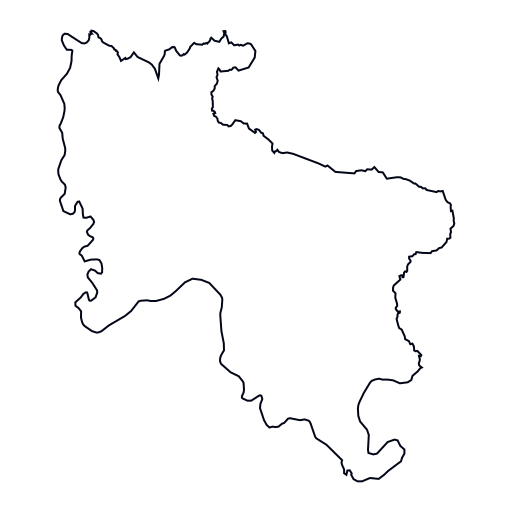 outline of Khoelenya, Mohale's Hoek, Lesotho
{"feature_id": "5366337B9644670448784", "entity_name": "Khoelenya", "entity_type": "district", "adm_level": 2, "iso_a3": "LSO", "parent_name": "Lesotho", "parent_adm1": "Mohale's Hoek", "projection": "equal_earth", "projection_center": [27.429, -30.302], "detail": "fine", "context": "isolated", "style": "outline", "palette": "ink", "viewbox_px": 512, "rotation_deg": 0, "n_neighbors": 0, "source": "geoboundaries", "source_scale": "gbopen_adm2", "svg_char_len": 5864}
<svg xmlns="http://www.w3.org/2000/svg" viewBox="0 0 512 512"><path d="M384.1,474.8L388.3,470.8L401.0,461.3L402.1,457.7L404.4,453.6L404.4,449.5L400.3,445.9L397.6,440.4L394.6,439.6L387.7,442.0L377.0,453.6L373.4,454.4L368.5,453.0L368.0,449.8L368.8,435.0L367.0,429.7L360.1,421.5L358.3,415.9L357.9,408.4L358.4,404.9L359.5,401.9L363.9,392.8L370.0,382.7L371.8,380.8L375.4,379.4L379.1,378.7L382.4,379.6L387.9,379.6L393.3,380.4L399.9,383.3L407.7,382.3L411.3,380.0L412.5,375.8L417.5,371.6L420.3,368.2L421.8,367.5L419.3,365.5L418.8,363.7L419.9,359.7L419.0,355.9L420.7,356.3L421.3,355.1L417.4,350.9L415.8,351.3L414.2,350.5L413.9,346.5L412.4,343.6L410.3,344.2L408.9,341.1L405.2,339.2L404.7,336.3L401.7,329.6L399.2,328.1L398.3,325.6L396.6,319.0L397.5,316.6L397.5,314.5L398.1,313.5L399.8,312.7L399.9,311.4L397.7,311.6L395.8,309.1L395.8,307.6L397.2,306.0L397.0,303.5L395.3,297.8L395.5,293.2L393.0,290.7L393.1,287.4L393.8,285.5L400.3,279.6L399.4,276.1L400.8,275.3L402.1,275.3L402.5,277.3L403.5,277.1L404.1,272.5L405.2,271.3L406.5,271.9L407.2,270.9L407.2,266.5L408.0,264.4L410.5,261.9L410.5,260.6L409.1,258.5L409.1,256.7L412.4,256.2L414.3,254.1L415.6,254.1L416.3,252.1L422.6,252.9L430.6,253.1L432.0,251.2L436.6,250.4L439.1,248.1L441.6,247.5L446.5,242.0L447.2,238.7L449.1,238.7L450.4,237.8L450.2,233.9L451.0,232.2L450.5,228.6L453.4,226.1L454.3,223.6L453.7,220.9L453.8,218.2L452.4,210.7L451.0,211.1L450.6,207.1L450.9,204.8L449.9,203.3L447.4,202.1L445.7,199.8L442.7,191.0L440.4,191.4L438.2,191.0L436.6,192.1L426.7,190.0L425.3,188.3L422.7,188.3L420.9,186.8L419.2,186.8L415.4,183.5L414.0,183.5L409.8,180.6L405.7,179.1L403.5,178.9L400.7,177.4L397.1,177.2L386.8,178.7L382.8,172.4L378.6,172.0L374.4,167.1L371.6,169.6L367.2,169.3L365.3,171.2L361.7,170.3L356.2,171.0L354.4,173.4L335.4,171.9L327.5,165.5L325.3,166.6L318.7,163.5L293.0,153.8L287.2,152.5L282.9,153.1L280.8,152.7L278.8,151.8L277.4,149.8L276.1,151.2L275.0,151.4L274.3,152.9L272.2,150.5L272.0,146.8L272.5,143.5L268.7,139.7L263.6,135.8L262.9,133.3L261.1,132.7L259.1,130.0L256.7,129.1L255.2,129.6L256.0,132.0L255.0,132.9L248.9,128.5L247.1,123.6L243.8,123.5L240.8,121.2L235.3,120.2L232.1,124.7L230.7,126.0L228.6,126.4L227.3,125.0L223.0,124.7L220.9,123.0L218.7,122.5L217.7,120.6L217.4,118.6L215.9,116.6L214.2,115.9L213.4,113.7L215.2,113.1L214.7,111.8L213.2,110.7L212.1,110.7L211.8,108.7L212.9,107.1L212.7,100.7L212.1,98.5L212.7,96.8L211.4,94.4L211.4,92.2L213.4,90.8L214.7,88.4L214.7,86.2L216.9,83.6L217.7,80.7L216.5,77.2L217.5,75.0L217.0,71.7L218.4,68.4L219.4,69.3L220.5,71.5L228.3,70.8L229.8,69.7L231.1,69.9L232.4,69.0L233.2,67.7L235.5,67.3L238.5,70.6L248.6,67.5L254.7,57.6L255.4,51.0L251.0,44.2L249.4,43.5L247.4,43.3L243.1,45.7L240.8,44.8L239.3,45.5L238.0,44.6L234.2,45.3L231.3,42.4L228.9,43.3L226.8,36.2L225.2,34.1L225.7,32.1L225.3,31.0L223.5,31.2L224.3,33.3L223.6,36.6L221.3,38.6L219.3,41.8L214.7,40.8L211.2,37.7L210.5,38.5L210.2,40.0L209.3,41.5L208.3,42.6L207.3,42.8L207.2,43.5L206.2,43.1L204.8,43.8L203.8,43.4L202.2,44.7L196.4,44.2L194.1,42.9L190.2,46.9L189.8,48.4L187.1,52.5L184.6,54.6L183.7,54.1L182.5,55.4L180.5,55.7L179.7,55.2L176.2,50.9L174.8,47.5L174.0,46.9L173.0,47.4L172.3,47.0L169.2,49.4L165.2,50.7L164.9,51.1L164.7,54.1L164.1,55.8L159.5,63.8L159.0,74.6L158.3,78.4L154.9,68.8L151.8,64.6L148.9,62.4L137.6,57.0L133.9,52.4L130.6,57.1L127.9,58.6L125.8,59.1L125.3,58.0L121.0,60.9L119.4,57.1L117.5,54.3L117.9,52.4L116.3,50.5L115.9,50.7L115.4,49.8L114.2,49.4L114.0,48.4L111.6,46.1L109.2,45.7L103.4,42.6L102.1,41.4L101.3,39.1L99.9,37.9L98.5,37.4L98.0,35.0L97.2,33.7L93.5,31.0L91.4,30.7L91.4,31.4L90.8,31.8L91.6,33.1L90.6,32.7L91.0,34.0L90.1,34.9L89.3,34.5L89.3,38.1L88.7,40.3L86.8,42.4L84.7,43.4L81.7,43.1L67.6,34.0L64.7,33.7L62.8,35.2L62.0,37.4L61.8,40.3L64.0,45.6L66.8,49.7L71.5,49.9L72.4,50.7L71.7,55.3L71.5,61.2L70.1,67.9L66.9,73.8L61.2,80.2L58.4,85.8L57.7,89.5L57.9,91.8L60.5,95.1L64.3,103.8L64.7,108.2L64.5,110.9L63.2,117.2L60.8,123.4L59.5,125.8L59.4,127.9L62.2,132.9L62.7,138.6L65.1,147.8L65.3,150.5L64.6,155.1L61.4,160.1L58.3,169.1L58.2,171.5L58.5,174.4L60.4,179.3L61.7,181.5L64.9,184.6L65.7,187.5L64.7,193.8L60.7,197.8L60.0,199.3L59.9,200.8L63.4,211.1L70.2,214.3L72.8,213.8L74.3,212.4L75.0,210.5L75.0,206.3L75.4,205.2L77.6,201.8L79.2,201.5L82.6,208.6L82.9,214.5L83.5,217.6L86.1,217.8L90.5,216.5L93.4,219.9L94.1,222.0L93.3,224.0L90.1,228.0L87.4,230.4L86.9,231.8L88.0,234.6L89.9,236.1L92.9,237.4L93.3,238.3L93.1,239.7L87.6,245.8L84.4,246.6L82.3,248.2L79.9,251.4L79.4,253.2L79.7,254.2L81.7,255.5L84.7,261.4L90.9,259.6L96.9,259.4L99.4,260.0L101.5,263.5L102.2,268.1L102.1,272.3L101.0,273.7L97.7,273.1L95.0,270.6L91.0,269.2L88.6,271.6L87.4,274.4L87.8,277.4L92.3,282.9L97.1,290.5L97.2,292.7L95.5,297.4L91.1,300.7L89.7,300.7L88.9,299.7L87.4,293.3L86.9,292.4L85.7,292.4L83.4,293.9L80.8,297.4L75.3,302.4L75.5,305.8L78.4,307.9L81.1,311.3L81.0,317.7L82.1,322.1L83.2,324.5L84.7,326.1L92.1,331.2L96.7,332.6L98.5,332.4L101.5,331.2L108.9,325.4L125.1,315.9L131.1,311.0L138.7,301.3L141.1,300.7L147.3,300.3L150.4,301.0L156.0,301.0L164.1,298.8L170.4,295.6L175.9,291.0L184.9,282.4L192.5,278.7L201.2,279.8L209.2,282.9L220.3,294.6L222.1,297.8L222.3,299.8L221.8,307.2L220.3,313.2L220.3,315.5L221.4,331.0L223.8,343.3L224.0,350.3L221.3,354.9L220.2,357.8L220.0,361.2L221.0,363.8L230.6,372.3L238.8,376.3L243.0,381.6L243.6,383.2L244.0,389.9L243.6,392.5L241.9,396.3L241.9,397.7L242.9,398.6L247.5,400.7L251.2,400.7L259.1,395.6L260.1,395.3L261.4,395.8L262.3,399.1L260.4,403.9L260.0,408.1L264.0,420.1L266.7,425.0L269.5,427.5L272.6,426.6L275.1,427.1L278.4,426.7L281.9,423.8L284.2,422.9L288.0,418.7L289.9,418.2L300.0,420.2L304.7,419.4L308.4,420.6L309.5,421.4L310.6,423.5L315.1,436.6L316.1,438.2L326.5,444.8L342.1,460.2L341.5,462.5L342.1,465.0L344.1,469.4L344.1,473.2L346.4,474.8L347.4,470.5L349.7,470.3L351.7,473.4L351.2,474.8L353.6,479.2L357.5,481.3L362.1,481.3L370.0,478.0L378.7,478.9L384.1,474.8Z" fill="none" stroke="#020617" stroke-width="2"/></svg>